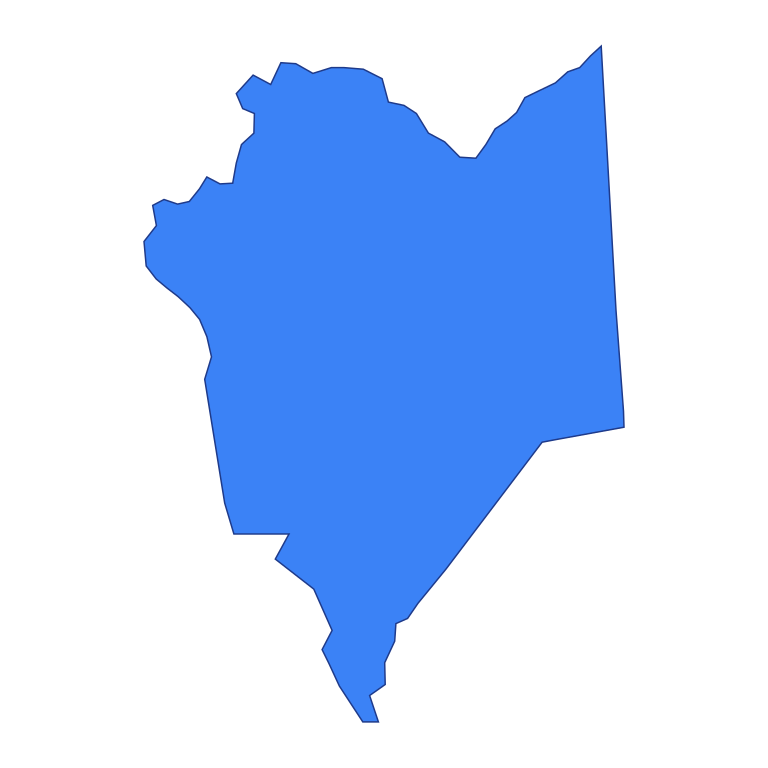 Peritiba, Santa Catarina, Brazil
{"feature_id": "56859067B55154710443885", "entity_name": "Peritiba", "entity_type": "district", "adm_level": 2, "iso_a3": "BRA", "parent_name": "Brazil", "parent_adm1": "Santa Catarina", "projection": "equal_earth", "projection_center": [-51.887, -27.362], "detail": "fine", "context": "isolated", "style": "filled", "palette": "blue", "viewbox_px": 768, "rotation_deg": 0, "n_neighbors": 0, "source": "geoboundaries", "source_scale": "gbopen_adm2", "svg_char_len": 1051}
<svg xmlns="http://www.w3.org/2000/svg" viewBox="0 0 768 768"><path d="M362.8,721.9L378.4,721.9L369.6,695.5L385.2,684.5L384.7,662.7L394.7,641.2L395.9,623.6L407.6,618.4L417.9,603.4L445.9,569.2L542.1,442.2L555.8,439.6L624.0,427.2L623.5,411.2L616.0,310.3L601.2,46.1L590.5,55.9L579.7,67.6L567.8,71.8L555.4,82.9L538.5,91.0L524.9,97.6L516.6,112.5L507.1,121.0L495.2,128.8L485.9,144.5L475.9,158.2L459.8,157.2L444.7,141.9L428.4,133.1L416.4,113.5L404.0,105.4L388.4,102.1L382.1,78.7L363.3,69.2L343.8,67.6L331.4,67.6L312.9,73.4L295.8,63.7L280.9,62.7L270.7,84.5L253.1,75.1L236.3,93.6L242.7,108.6L254.4,113.5L253.9,133.1L241.5,144.5L236.3,163.0L232.7,183.2L220.0,183.9L206.8,177.0L199.5,188.8L189.3,201.5L177.6,204.1L164.0,199.5L152.7,205.4L156.4,225.6L144.0,241.5L146.2,266.0L156.2,279.0L167.1,288.1L178.1,296.6L190.0,307.7L199.6,319.4L206.9,336.7L211.5,356.9L204.7,379.3L224.7,503.1L233.9,534.0L268.3,534.0L289.0,534.0L275.3,559.1L313.8,589.1L332.1,630.4L322.1,649.6L329.0,663.6L339.4,686.1L362.8,721.9Z" fill="#3b82f6" stroke="#1e3a8a" stroke-width="1.5"/></svg>